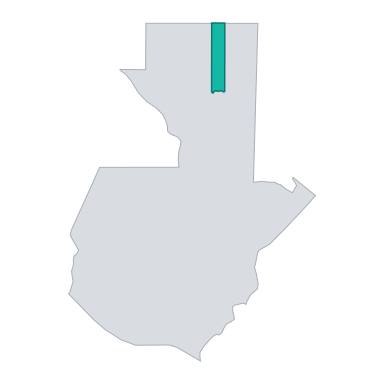 location of San José, Petén, Guatemala
{"feature_id": "79465075B657648809250", "entity_name": "San José", "entity_type": "district", "adm_level": 2, "iso_a3": "GTM", "parent_name": "Guatemala", "parent_adm1": "Petén", "projection": "equal_earth", "projection_center": [-89.816, 17.394], "detail": "fine", "context": "in_parent", "style": "filled", "palette": "teal", "viewbox_px": 384, "rotation_deg": 0, "n_neighbors": 0, "source": "geoboundaries", "source_scale": "gbopen_adm2", "svg_char_len": 2229}
<svg xmlns="http://www.w3.org/2000/svg" viewBox="0 0 384 384"><path d="M68.5,293.7L70.1,291.6L71.5,286.7L73.1,281.6L72.1,275.8L71.6,271.1L73.5,264.2L73.3,259.0L74.2,255.8L77.0,253.8L78.5,249.9L70.6,236.3L70.6,233.2L71.7,229.4L78.2,214.9L86.0,197.7L94.5,178.8L99.6,167.4L118.3,167.4L130.6,167.3L146.2,167.3L163.2,167.3L174.4,167.3L179.0,167.2L178.2,159.8L178.8,151.6L180.8,144.1L180.8,140.8L177.5,136.8L171.1,134.5L167.5,131.0L167.5,126.5L165.9,121.0L162.8,114.7L156.4,108.1L146.6,101.5L138.2,92.5L131.4,81.3L125.6,74.1L121.1,71.1L120.0,69.5L133.2,69.6L145.6,69.7L145.7,53.7L145.8,39.4L145.9,23.3L168.4,23.3L195.3,23.3L223.1,23.4L245.0,23.4L257.9,23.4L257.3,43.4L256.7,66.5L256.2,83.6L255.5,106.3L254.9,129.6L254.0,161.4L253.4,181.9L253.7,182.4L261.0,181.4L271.9,182.3L274.5,182.2L277.9,184.0L280.4,184.6L286.0,189.2L292.4,192.7L296.6,185.6L294.4,181.4L292.7,179.2L293.0,177.3L315.5,195.6L312.9,198.4L307.2,205.0L296.8,216.1L287.5,226.1L278.6,235.2L270.5,243.4L269.6,244.2L259.3,250.0L257.6,252.7L255.4,264.3L254.4,267.1L256.3,273.5L258.1,283.5L257.6,288.6L250.5,295.0L247.2,300.8L245.8,304.5L244.5,303.5L242.3,303.2L237.3,304.7L234.8,305.0L232.8,306.6L232.6,310.2L233.9,316.0L234.4,319.0L233.0,320.4L226.7,323.9L224.3,327.3L221.9,332.6L219.2,334.9L216.3,334.5L214.3,335.3L210.0,339.3L203.4,347.0L199.9,352.8L199.9,357.1L200.5,361.0L176.8,347.3L168.9,345.0L135.6,345.2L121.3,339.9L105.0,329.5L94.1,320.1L68.5,293.7Z" fill="#d9dde1" stroke="#a8b0b8" stroke-width="1"/><path d="M224.8,23.1L211.7,23.0L211.7,34.1L211.7,41.1L211.6,52.2L211.6,53.6L211.7,53.9L211.6,63.2L211.6,74.3L211.6,74.8L211.6,76.6L211.6,85.4L211.6,90.0L211.6,90.5L211.6,91.9L212.0,92.3L212.2,92.5L212.3,92.5L212.5,92.7L212.6,92.8L212.9,93.1L213.0,93.1L213.7,92.2L213.9,92.0L214.3,91.4L214.7,91.0L215.0,90.9L215.4,90.7L215.8,90.8L216.3,90.9L216.8,91.0L217.6,91.2L218.1,91.3L218.6,91.2L219.1,91.2L219.5,91.1L220.4,90.9L220.6,90.9L221.3,90.7L221.8,90.8L222.3,91.1L222.5,91.2L222.7,91.5L223.3,91.8L223.7,91.9L223.8,91.9L224.1,91.8L224.3,91.7L224.5,91.5L224.6,91.3L224.8,91.0L224.8,90.8L224.8,90.4L224.7,89.5L224.7,78.4L224.7,67.3L224.8,56.2L224.8,45.2L224.8,34.1L224.8,29.9L224.8,29.4L224.8,24.7L224.8,23.1Z" fill="#14b8a6" stroke="#0f766e" stroke-width="1.5"/></svg>